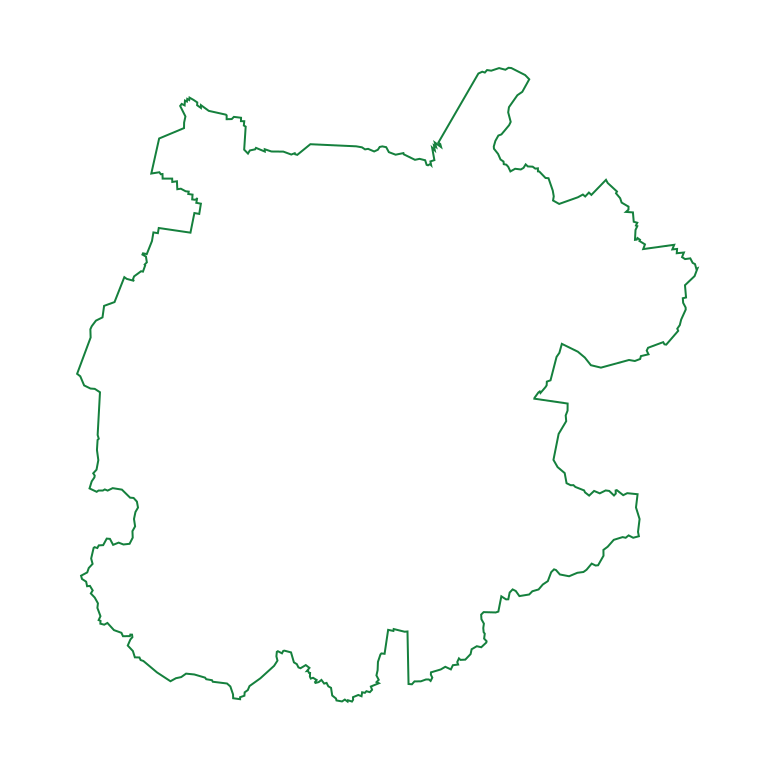 outline of Atotonilco el Alto, Jalisco, Mexico, rotated 183°
{"feature_id": "50627088B13476229601831", "entity_name": "Atotonilco el Alto", "entity_type": "district", "adm_level": 2, "iso_a3": "MEX", "parent_name": "Mexico", "parent_adm1": "Jalisco", "projection": "robinson", "projection_center": [-102.554, 20.541], "detail": "fine", "context": "isolated", "style": "outline", "palette": "green", "viewbox_px": 768, "rotation_deg": 183, "n_neighbors": 0, "source": "geoboundaries", "source_scale": "gbopen_adm2", "svg_char_len": 6064}
<svg xmlns="http://www.w3.org/2000/svg" viewBox="0 0 768 768"><g transform="rotate(183 384 384)"><path d="M399.4,65.2L398.3,67.1L398.6,69.6L393.4,72.1L390.1,71.0L389.7,75.0L386.9,74.6L385.5,76.3L382.0,75.5L379.9,78.0L381.3,81.2L373.5,84.9L375.8,86.0L373.8,88.3L376.3,92.6L375.4,97.8L375.5,106.2L373.4,113.7L372.5,114.8L369.3,114.6L367.0,138.7L361.7,137.9L361.5,139.8L350.4,137.7L347.6,138.1L343.8,85.7L340.4,85.6L338.0,88.6L331.7,89.0L326.7,91.1L323.8,91.3L321.9,89.9L320.4,93.3L322.0,96.2L322.0,98.5L312.4,101.9L308.0,104.8L302.3,102.5L300.5,106.8L295.3,107.7L296.3,110.2L294.8,113.9L293.2,112.5L288.4,113.0L283.4,118.8L282.6,123.7L277.6,127.0L273.1,126.2L268.3,131.2L268.1,132.5L270.7,135.0L270.3,139.9L271.5,141.4L272.1,145.5L271.7,149.9L274.4,154.2L274.9,158.8L272.6,161.4L260.5,161.7L257.9,162.7L255.7,178.1L250.8,175.3L248.6,175.5L247.6,182.3L244.8,185.6L241.6,184.2L237.7,179.3L228.0,181.4L225.0,184.8L218.9,186.9L214.9,192.1L210.1,195.7L207.2,204.8L204.5,207.8L202.5,207.2L198.4,203.0L189.1,201.7L181.0,205.6L175.0,206.7L172.0,209.1L167.2,215.5L163.2,213.8L160.7,214.2L155.8,224.0L156.2,229.8L152.1,233.2L146.4,240.4L137.7,243.6L134.6,243.1L131.8,245.6L127.1,243.5L121.5,245.3L122.6,249.6L121.7,262.5L125.9,273.9L125.0,287.2L135.4,287.7L139.3,285.5L146.0,290.2L147.1,289.8L146.8,286.7L148.5,284.7L153.5,289.0L157.1,289.3L162.8,286.1L168.6,288.2L173.3,283.3L177.6,286.3L178.6,288.2L187.5,291.2L189.5,292.9L192.3,292.7L196.5,294.5L198.9,304.5L206.3,310.1L210.8,317.1L207.0,343.3L200.1,356.4L200.9,362.1L199.3,367.0L199.6,374.1L233.1,377.2L233.0,378.0L229.4,383.6L228.1,384.7L227.3,383.2L222.6,389.3L221.5,391.2L221.5,394.9L217.9,396.4L213.1,420.1L210.5,424.3L208.5,433.4L192.1,426.4L184.8,420.9L178.4,413.6L168.2,411.7L140.6,420.8L134.7,420.1L129.5,422.4L128.9,425.3L121.4,427.5L123.4,431.1L122.2,434.0L107.4,440.4L106.0,438.3L104.2,438.1L93.0,452.5L94.0,454.6L91.7,458.3L90.6,463.9L86.6,474.1L86.8,476.2L89.5,480.7L90.1,485.3L86.9,486.2L88.6,498.4L79.5,508.0L77.0,515.9L78.1,515.3L79.7,520.0L82.1,521.1L84.7,525.5L89.9,524.5L93.0,526.3L91.4,531.0L98.5,529.9L98.4,534.2L103.1,533.5L101.5,538.2L132.2,532.3L130.7,537.1L136.4,540.2L135.9,541.4L138.5,543.0L139.2,541.4L140.9,541.1L140.9,551.0L139.3,554.9L140.7,555.4L139.5,558.3L143.1,559.1L144.4,568.4L151.4,568.5L149.0,570.9L149.1,573.9L156.2,577.6L157.9,581.9L162.3,586.6L161.4,588.4L171.1,596.4L173.0,599.5L186.8,583.7L189.4,585.9L192.9,581.8L195.3,583.6L200.2,580.6L218.5,573.0L224.8,576.1L224.3,580.3L225.6,586.0L230.5,598.1L233.5,598.2L240.0,604.3L241.4,604.4L241.6,607.4L244.2,607.0L246.9,608.8L251.8,608.8L254.0,610.7L256.0,607.1L258.6,605.4L264.3,605.8L268.9,602.9L271.3,607.4L273.3,609.4L275.9,609.8L276.3,612.4L279.4,614.3L282.1,619.7L286.5,624.7L286.8,626.9L285.5,632.6L282.8,638.1L279.8,639.4L272.6,649.0L271.2,652.4L274.2,661.8L273.7,667.0L265.9,679.4L261.2,683.0L254.9,695.9L259.2,699.9L273.4,706.2L276.2,706.3L279.2,704.2L285.6,705.5L293.3,702.5L297.5,702.9L299.6,700.3L302.2,701.0L306.0,699.0L342.3,628.0L340.4,626.6L339.4,623.6L345.9,627.8L344.4,623.4L346.6,624.9L345.5,620.0L348.3,622.5L345.4,610.2L349.3,608.7L348.4,605.0L349.5,606.0L351.5,604.7L352.9,605.1L354.6,609.6L360.3,610.7L364.8,609.5L376.3,614.4L376.7,615.6L384.4,613.6L391.3,615.8L394.2,620.6L398.1,621.2L400.7,620.5L402.4,617.6L406.0,615.7L412.2,618.0L415.2,617.3L418.4,619.2L424.2,619.9L470.1,619.6L482.6,608.3L484.8,608.8L485.2,609.8L488.6,608.3L496.7,610.8L508.6,610.3L515.4,612.2L515.2,609.9L524.2,613.1L525.0,611.6L530.2,610.2L531.9,607.0L535.9,610.7L535.6,633.8L537.5,634.8L537.3,639.1L540.6,639.0L540.7,642.4L547.9,642.9L549.9,640.6L555.0,640.2L555.2,644.0L556.0,644.7L573.3,647.6L581.4,652.9L581.3,650.1L585.2,652.6L585.2,655.4L589.2,657.8L593.2,659.8L593.4,657.4L595.4,658.4L595.6,655.8L597.6,656.6L597.7,651.8L600.7,653.1L602.1,651.0L596.3,640.8L597.3,634.6L597.1,629.1L621.4,617.4L627.4,582.0L619.4,583.7L617.9,581.8L616.2,582.1L615.8,577.5L606.3,578.0L606.0,574.7L601.4,575.6L600.6,567.7L597.1,568.4L592.2,566.1L589.1,565.9L589.4,563.5L585.1,563.1L585.2,558.3L582.6,558.1L580.6,558.9L580.3,560.2L580.9,555.1L576.3,554.5L577.4,544.2L582.3,544.8L585.2,525.0L617.1,528.0L617.7,522.8L622.2,523.3L623.2,514.6L627.7,501.3L631.5,501.9L632.0,500.6L628.4,498.8L627.2,493.1L629.3,490.7L628.7,489.9L630.6,483.6L632.5,483.9L639.2,478.4L640.3,475.0L638.9,473.9L646.4,475.5L648.9,477.1L657.4,451.7L667.6,447.4L668.6,435.8L675.0,432.2L678.9,426.4L680.1,423.3L679.4,415.1L691.0,378.1L687.7,375.8L683.4,366.9L676.9,364.1L672.6,364.0L667.2,360.9L667.3,318.1L666.0,314.4L667.1,313.1L667.2,303.1L665.3,293.0L666.6,283.4L669.7,279.6L668.1,277.4L668.3,275.6L670.8,271.5L672.6,264.3L665.3,261.3L663.5,262.7L659.2,262.9L657.3,264.1L654.4,263.1L649.5,265.8L640.2,264.8L631.6,257.2L628.1,257.1L624.6,253.6L623.2,247.7L625.5,243.2L626.6,236.1L625.1,228.8L627.5,223.9L626.9,217.4L629.7,211.1L635.8,210.1L640.7,211.7L646.1,209.2L649.6,215.0L652.8,215.1L656.0,208.4L660.4,207.9L661.7,205.2L664.5,205.9L665.4,205.1L667.3,194.4L665.6,189.1L669.2,184.8L670.5,180.3L676.5,176.7L675.4,173.5L671.1,171.0L669.9,166.5L667.1,167.0L664.1,162.6L665.8,159.5L661.7,155.6L658.2,150.0L658.5,145.4L655.0,137.3L656.6,133.3L654.7,132.6L654.7,129.8L650.8,129.0L647.7,130.9L640.8,124.1L633.2,121.8L631.5,118.5L624.6,118.9L624.2,120.5L622.5,120.5L622.0,118.0L623.9,115.6L626.2,109.4L620.8,104.2L618.5,98.0L613.9,98.1L612.6,95.6L609.8,94.8L595.6,84.1L581.7,76.0L576.4,79.3L571.2,80.7L566.5,84.4L558.2,84.0L547.3,81.4L546.1,79.9L540.3,79.2L539.4,77.7L525.1,76.7L521.6,73.9L518.5,66.1L518.2,62.3L511.2,61.7L511.3,63.7L507.1,65.4L507.0,68.8L504.0,71.2L502.5,75.3L492.1,83.6L479.0,96.8L475.9,102.2L477.2,106.4L477.0,110.9L476.0,111.6L471.8,109.7L470.6,112.2L469.5,112.5L462.8,111.1L459.4,101.3L456.4,99.7L454.6,96.5L452.5,95.8L447.4,99.2L443.6,96.6L446.0,93.3L444.7,93.5L444.0,91.7L442.7,91.6L442.7,87.9L441.7,86.0L439.5,86.9L435.8,84.9L437.3,82.7L436.8,81.9L433.6,82.9L431.0,85.2L428.1,81.7L425.7,82.5L423.8,79.2L421.0,77.8L419.4,70.2L415.5,67.4L414.9,65.5L409.3,64.8L406.6,66.8L403.7,64.9L403.4,66.3L399.4,65.2Z" fill="none" stroke="#15803d" stroke-width="2"/></g></svg>